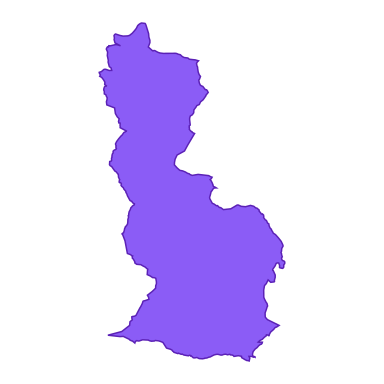 outline of Scarisoara, Alba, Romania
{"feature_id": "2599482B60585043995143", "entity_name": "Scarisoara", "entity_type": "district", "adm_level": 2, "iso_a3": "ROU", "parent_name": "Romania", "parent_adm1": "Alba", "projection": "equal_earth", "projection_center": [22.873, 46.485], "detail": "fine", "context": "isolated", "style": "filled", "palette": "violet", "viewbox_px": 384, "rotation_deg": 0, "n_neighbors": 0, "source": "geoboundaries", "source_scale": "gbopen_adm2", "svg_char_len": 6022}
<svg xmlns="http://www.w3.org/2000/svg" viewBox="0 0 384 384"><path d="M249.2,361.0L249.8,358.2L249.0,356.4L252.8,356.5L252.9,357.0L253.8,357.2L254.3,356.9L255.0,357.2L254.9,356.7L252.7,356.2L252.8,355.6L252.5,354.8L252.6,353.5L253.2,351.5L255.2,349.0L257.1,347.6L258.6,345.8L260.3,344.5L261.3,344.2L262.0,343.5L262.4,342.2L261.0,342.1L259.3,342.3L258.2,342.1L259.9,340.5L262.3,339.3L264.3,337.3L266.5,335.6L266.4,334.9L266.7,334.8L268.1,335.1L268.9,335.7L269.2,335.3L269.5,334.1L270.7,332.0L273.7,329.4L274.7,328.0L275.6,327.3L276.5,327.1L279.1,325.4L267.4,319.6L265.4,317.3L265.2,316.5L265.1,312.9L266.4,309.3L267.0,307.2L267.6,306.0L267.0,303.4L266.2,302.4L264.5,299.1L263.8,297.3L263.7,290.1L264.5,285.6L266.3,283.6L268.1,279.9L270.7,282.3L274.1,281.9L274.5,281.5L274.4,280.3L275.2,277.3L275.2,275.0L273.3,270.7L272.7,270.3L272.7,269.4L275.1,265.9L276.2,263.4L277.1,263.0L278.1,262.9L278.8,263.1L279.6,265.6L279.5,267.4L279.9,267.8L282.4,268.4L283.3,267.9L283.7,267.2L283.8,264.7L284.7,263.7L284.8,262.0L284.0,261.0L282.7,260.6L281.8,259.6L281.6,258.6L281.7,257.6L282.3,256.9L281.6,254.7L281.6,253.9L281.0,252.6L281.5,251.3L281.4,250.9L281.6,250.5L281.7,248.6L283.1,246.0L282.7,244.6L281.2,241.4L278.6,238.1L275.5,234.6L273.3,233.2L272.4,231.3L271.6,230.4L271.4,229.3L270.0,227.9L269.1,225.7L268.8,223.8L267.6,223.1L266.4,220.4L265.4,220.0L263.6,217.5L263.8,216.4L263.5,214.9L262.8,214.5L262.5,213.9L261.5,214.0L261.0,213.6L260.7,212.9L259.2,211.2L259.1,210.0L256.9,208.1L255.7,207.9L253.8,206.3L250.5,205.4L245.5,206.7L241.1,206.3L238.3,205.0L237.2,205.0L230.8,208.8L223.4,209.6L220.7,207.6L219.4,207.5L217.5,205.6L216.3,205.7L214.2,204.1L212.3,203.3L209.8,198.7L209.6,197.3L210.4,194.7L211.1,191.7L211.7,191.1L213.2,188.8L214.3,188.0L216.3,187.9L215.0,187.1L213.5,186.5L213.1,185.8L213.1,185.0L212.8,184.8L212.5,183.5L211.2,180.9L210.1,179.6L211.4,178.5L212.1,177.2L210.6,176.7L208.7,175.6L198.1,174.4L192.2,175.4L190.0,174.5L189.1,173.7L187.7,173.4L185.4,172.0L182.7,170.9L179.8,170.3L177.2,168.0L174.4,164.9L174.5,162.4L175.1,159.2L177.1,155.0L184.5,151.0L187.7,145.1L194.6,133.5L192.3,132.5L192.1,131.8L190.7,131.0L189.3,129.3L189.5,127.9L189.2,127.5L189.3,125.7L190.0,125.4L190.2,124.8L189.6,119.4L189.7,117.8L190.3,116.0L192.3,114.8L193.7,112.8L193.9,109.9L196.0,107.1L196.8,105.6L199.3,104.5L200.5,101.9L203.1,99.8L205.9,95.8L205.8,95.4L208.2,92.5L207.5,91.0L206.6,89.8L205.3,89.6L202.8,86.4L201.5,85.9L200.3,85.1L199.3,82.9L198.8,80.1L199.5,79.2L200.5,76.4L199.2,74.7L198.2,72.0L197.6,68.1L197.6,67.1L197.0,65.9L196.5,63.5L197.2,62.1L198.5,60.8L195.4,59.9L190.0,59.3L189.3,59.2L187.9,58.0L184.1,57.5L182.2,56.5L180.3,54.7L178.2,54.2L176.7,53.5L175.4,53.3L163.3,53.4L160.0,53.0L157.9,52.3L154.8,50.6L153.9,50.5L153.0,50.9L152.4,50.6L148.3,47.0L149.9,42.7L149.9,40.3L148.9,37.1L148.6,33.6L146.0,25.2L145.4,23.8L145.0,23.4L141.5,23.0L140.3,23.5L138.7,24.6L137.7,25.6L136.3,28.4L134.5,30.7L132.3,33.2L129.5,35.4L127.6,35.9L123.1,36.1L119.8,35.4L115.6,34.0L114.7,34.5L114.0,35.6L114.4,38.1L114.1,39.6L115.0,42.9L120.5,45.8L117.4,44.8L115.7,44.6L110.3,45.8L108.8,45.7L108.5,46.9L107.5,46.8L106.6,48.2L106.3,49.1L107.6,52.0L107.3,55.7L108.3,60.3L108.1,62.1L109.3,66.6L111.1,68.0L111.7,70.4L109.2,70.5L105.8,69.3L104.4,69.3L103.8,69.5L101.4,71.6L99.2,72.3L99.2,72.8L100.4,75.0L99.7,76.3L101.7,77.4L103.6,79.9L104.8,82.0L104.9,83.4L104.7,83.7L104.7,84.5L106.4,85.8L106.3,86.1L104.9,86.4L104.5,86.8L103.9,88.4L103.7,89.9L104.3,91.5L104.3,93.9L105.8,94.7L106.5,96.6L107.2,97.7L107.0,99.6L106.4,101.7L106.8,104.9L114.6,107.9L115.4,113.6L117.3,116.9L119.1,118.7L118.5,121.5L118.9,123.0L120.0,123.0L120.2,123.9L120.0,125.0L120.2,126.5L120.1,127.7L126.4,131.0L126.3,131.3L123.9,132.5L121.9,135.3L121.1,135.9L118.8,138.6L116.6,141.6L115.5,143.9L115.7,144.9L116.1,145.6L115.9,146.3L116.1,147.0L115.9,147.8L116.4,148.6L115.8,149.4L114.1,150.2L113.1,151.2L113.1,152.9L112.3,154.1L111.9,156.2L112.0,157.2L111.5,158.2L111.6,160.5L111.3,161.0L109.7,161.5L109.5,164.7L110.1,165.6L111.7,166.6L114.8,171.0L116.4,172.0L117.8,174.0L118.3,174.2L118.5,177.2L119.7,179.7L119.4,180.1L119.1,182.1L119.9,182.8L120.6,182.6L121.4,183.9L121.0,185.2L121.6,186.2L123.3,187.7L123.9,189.1L125.8,191.3L125.9,192.3L127.0,194.3L127.4,195.7L129.9,200.3L130.4,200.8L131.8,201.3L132.3,202.3L133.4,203.4L134.4,203.8L134.3,204.8L132.4,206.0L131.8,206.9L130.9,207.7L130.2,209.8L129.2,211.6L128.8,213.4L128.6,215.5L128.2,215.8L128.6,217.0L127.9,219.4L127.8,222.0L127.5,224.1L126.3,225.9L125.4,226.6L125.3,227.5L124.7,228.2L124.2,230.8L123.5,232.8L122.5,233.3L122.0,233.9L122.5,234.2L125.0,240.8L127.4,253.5L130.7,254.7L131.7,255.8L132.6,255.9L132.3,257.1L132.4,258.3L133.1,258.8L134.3,260.8L134.8,261.8L134.9,263.0L136.7,264.3L141.0,264.7L142.5,265.7L145.4,267.2L146.7,268.5L147.8,269.2L147.5,270.5L147.2,274.6L150.3,276.0L152.6,277.6L154.4,277.7L155.8,278.3L156.4,281.9L156.4,283.8L155.7,285.7L155.6,288.2L152.2,291.5L147.4,295.2L148.6,297.3L148.9,299.3L145.1,300.6L143.4,301.0L143.0,301.3L142.3,303.5L140.7,306.7L139.9,307.9L136.0,315.4L134.5,316.2L132.4,316.5L131.8,316.8L131.9,318.4L132.3,319.8L130.0,321.7L129.6,325.4L121.8,331.5L107.9,335.2L120.1,336.6L123.3,336.4L129.3,339.3L129.7,339.9L131.4,340.8L132.4,341.0L134.8,343.0L134.9,342.5L135.9,341.1L136.9,340.6L138.0,341.0L139.1,341.0L142.6,339.8L148.4,340.1L149.4,340.7L151.3,341.2L154.4,341.0L155.2,340.5L158.3,340.8L160.1,341.3L162.9,342.4L166.4,347.9L166.8,348.2L170.6,349.3L172.2,350.3L172.6,351.1L173.5,351.6L173.9,352.3L177.9,353.6L178.5,353.2L181.2,354.3L182.2,354.1L183.8,355.0L186.5,355.5L188.4,355.8L189.3,355.3L189.8,355.3L190.7,355.6L190.7,356.0L191.2,355.9L193.3,357.8L194.8,357.9L196.9,357.5L199.2,358.6L202.6,358.8L204.6,358.4L204.7,358.2L206.9,358.0L208.8,357.2L210.1,357.0L213.9,355.0L216.1,354.4L217.9,354.3L221.0,355.1L222.3,355.0L223.8,354.4L225.7,354.2L227.5,354.8L229.7,354.3L230.1,354.4L230.4,354.9L232.0,355.0L233.1,355.4L234.0,356.4L238.3,355.7L241.5,356.3L241.6,357.6L245.1,359.7L247.0,360.6L248.0,360.6L249.2,361.0Z" fill="#8b5cf6" stroke="#5b21b6" stroke-width="1.5"/></svg>